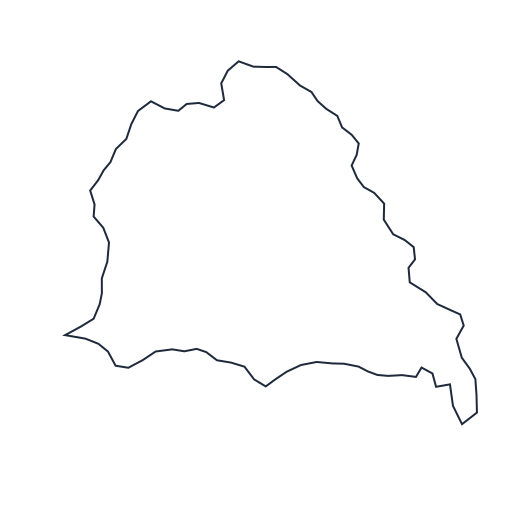 Raposos, Minas Gerais, Brazil (Robinson projection), rotated 172°
{"feature_id": "56859067B47566080265166", "entity_name": "Raposos", "entity_type": "district", "adm_level": 2, "iso_a3": "BRA", "parent_name": "Brazil", "parent_adm1": "Minas Gerais", "projection": "robinson", "projection_center": [-43.787, -19.978], "detail": "fine", "context": "isolated", "style": "outline", "palette": "slate", "viewbox_px": 512, "rotation_deg": 172, "n_neighbors": 0, "source": "geoboundaries", "source_scale": "gbopen_adm2", "svg_char_len": 1344}
<svg xmlns="http://www.w3.org/2000/svg" viewBox="0 0 512 512"><g transform="rotate(172 256 256)"><path d="M456.1,204.2L436.4,197.9L424.3,191.0L415.9,182.0L410.3,166.9L398.0,163.1L382.8,168.6L368.7,175.4L351.9,175.2L340.2,171.6L327.7,172.3L318.7,167.8L309.2,158.2L295.5,153.9L282.8,148.0L275.0,134.0L264.5,125.5L254.3,131.0L241.8,137.1L226.6,141.8L210.6,142.6L195.4,139.0L183.9,137.1L169.8,132.2L161.4,126.2L152.3,121.3L141.9,118.9L127.9,117.7L114.4,114.0L107.6,122.5L97.6,115.1L95.9,101.4L81.8,101.9L81.8,80.2L75.4,60.8L59.0,70.2L57.0,87.5L55.9,103.6L60.0,114.7L66.4,126.7L69.1,146.1L60.0,158.2L61.9,169.7L70.7,175.2L83.2,183.2L92.9,196.4L107.4,208.5L106.6,223.1L99.0,230.5L98.6,242.8L106.4,251.0L117.1,258.4L124.4,274.2L121.8,290.0L130.2,302.1L139.6,309.2L145.0,318.9L148.7,332.3L142.3,342.0L138.6,353.1L144.3,362.6L152.8,371.3L156.0,383.4L165.9,391.9L173.5,400.9L178.2,410.6L188.6,418.6L199.7,431.8L209.8,440.4L221.2,442.0L232.3,443.9L246.1,451.2L258.2,443.4L266.4,431.8L265.9,414.8L277.0,408.9L291.2,415.5L303.5,416.2L312.7,410.6L325.8,414.8L338.5,423.8L352.7,416.0L361.1,404.0L368.1,390.0L379.8,381.5L387.1,369.2L394.9,362.1L401.7,353.1L411.1,343.9L408.7,329.5L411.3,317.7L403.3,305.2L399.7,289.8L404.0,271.1L411.8,255.3L413.8,240.6L417.5,230.0L425.5,216.5L439.0,210.6L456.1,204.2Z" fill="none" stroke="#1e293b" stroke-width="2"/></g></svg>